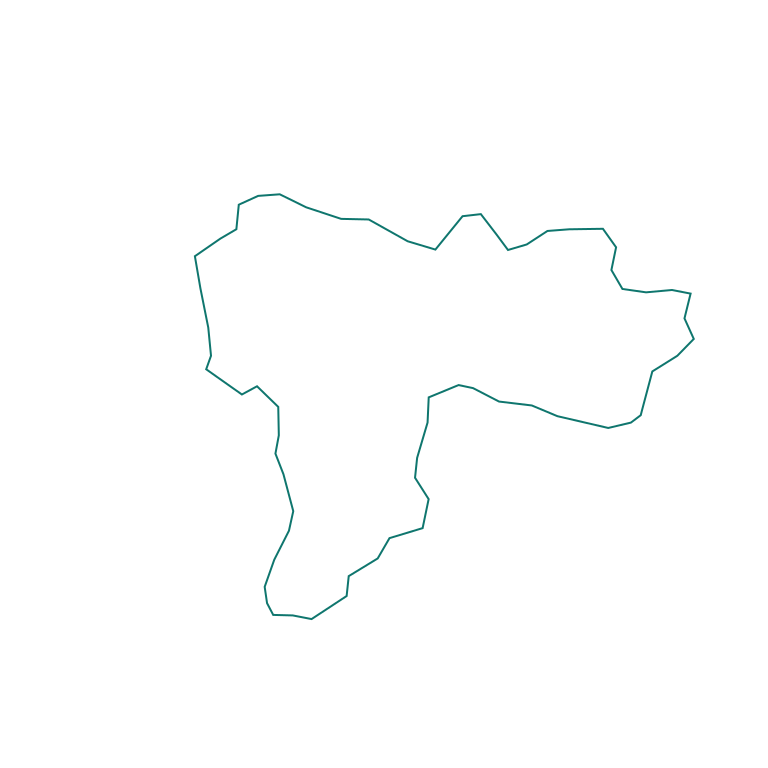 outline of Lessebo, Kronoberg, Sweden, rotated 35°
{"feature_id": "70781695B14820024771032", "entity_name": "Lessebo", "entity_type": "district", "adm_level": 2, "iso_a3": "SWE", "parent_name": "Sweden", "parent_adm1": "Kronoberg", "projection": "albers", "projection_center": [15.351, 56.783], "detail": "fine", "context": "isolated", "style": "outline", "palette": "teal", "viewbox_px": 768, "rotation_deg": 35, "n_neighbors": 0, "source": "geoboundaries", "source_scale": "gbopen_adm2", "svg_char_len": 993}
<svg xmlns="http://www.w3.org/2000/svg" viewBox="0 0 768 768"><g transform="rotate(35 384 384)"><path d="M610.4,257.5L596.6,219.8L608.1,192.6L611.9,169.4L592.5,157.9L583.3,134.1L566.0,141.8L546.1,158.6L524.8,169.4L504.9,160.2L495.7,138.9L474.3,131.3L446.9,151.1L430.1,164.9L420.9,187.8L408.7,203.1L390.4,197.0L365.9,189.3L352.1,201.5L349.0,244.4L321.5,253.5L277.1,258.0L274.1,260.0L254.2,273.3L218.9,283.9L189.8,288.4L173.0,302.1L162.2,320.4L174.3,341.9L166.6,358.7L155.8,387.8L178.7,410.9L207.7,438.6L226.1,460.1L229.9,473.9L242.9,474.0L273.6,474.1L281.3,458.7L310.5,463.4L327.3,486.4L335.0,503.3L353.4,515.6L382.6,540.2L390.3,558.7L394.9,590.9L402.6,618.6L413.9,630.6L425.7,636.7L442.0,625.9L459.5,618.1L475.0,579.1L465.3,561.6L478.9,530.5L476.9,507.1L498.3,479.9L486.6,452.7L463.2,443.0L453.5,425.5L441.8,390.6L428.3,369.3L445.7,342.1L459.3,336.3L488.3,332.4L517.4,316.8L544.5,310.9L592.9,291.4L608.4,274.0L612.2,262.3L610.4,257.5Z" fill="none" stroke="#0f766e" stroke-width="2"/></g></svg>